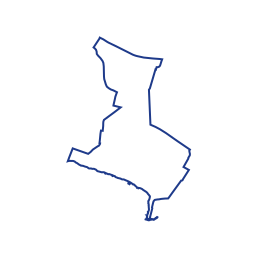 outline of Bab Sharqi, Al Iskandariyah, Egypt, rotated 234°
{"feature_id": "37247803B50327552497363", "entity_name": "Bab Sharqi", "entity_type": "district", "adm_level": 2, "iso_a3": "EGY", "parent_name": "Egypt", "parent_adm1": "Al Iskandariyah", "projection": "albers", "projection_center": [29.912, 31.205], "detail": "fine", "context": "isolated", "style": "outline", "palette": "blue", "viewbox_px": 256, "rotation_deg": 234, "n_neighbors": 0, "source": "geoboundaries", "source_scale": "gbopen_adm2", "svg_char_len": 4731}
<svg xmlns="http://www.w3.org/2000/svg" viewBox="0 0 256 256"><g transform="rotate(234 128 128)"><path d="M74.1,165.4L88.3,160.3L93.5,158.5L101.7,155.7L108.2,153.1L112.7,150.9L117.5,148.1L146.6,167.4L147.2,169.0L159.2,184.6L158.8,184.8L160.4,186.9L159.7,187.8L159.5,188.5L159.3,189.2L159.4,189.8L159.6,190.5L159.9,191.0L162.5,194.5L163.5,196.0L165.2,194.2L169.6,189.0L175.8,182.1L176.6,181.4L180.5,177.9L181.7,176.9L183.1,175.9L184.5,175.0L188.0,173.2L199.6,167.2L208.4,162.5L209.9,161.8L214.3,160.1L217.7,158.3L217.1,157.4L213.4,147.5L212.1,147.9L210.1,148.1L208.2,147.5L206.3,146.3L204.2,146.3L200.7,146.8L197.2,146.8L195.1,146.3L192.1,144.6L183.7,138.8L181.5,137.5L176.3,135.7L173.9,135.2L171.6,135.8L169.2,136.8L167.0,138.3L163.4,140.1L162.7,139.0L160.7,136.1L159.3,134.6L155.2,129.9L154.7,129.4L149.0,134.2L148.8,127.0L148.7,113.4L147.8,112.0L146.7,111.0L144.2,109.1L140.6,105.9L141.8,104.6L139.5,102.3L134.3,97.7L132.5,96.0L132.0,96.4L131.4,95.7L130.8,94.1L131.0,92.7L131.2,86.9L130.6,83.8L130.5,80.6L142.5,72.3L144.0,71.3L138.8,63.2L136.5,59.8L136.3,60.4L136.0,60.9L135.8,61.3L135.6,61.6L134.9,62.5L134.5,63.0L133.8,64.0L133.4,64.4L132.8,64.8L132.1,65.2L131.6,65.3L130.7,65.5L129.9,66.0L128.8,66.4L127.2,66.9L126.0,67.5L125.4,67.9L125.1,67.9L124.8,68.3L124.6,68.6L124.2,69.0L123.9,69.2L123.8,69.4L122.1,70.5L120.8,71.6L120.5,71.8L120.0,72.1L119.5,72.2L119.2,72.3L118.7,72.4L118.5,72.5L118.2,72.7L117.9,73.0L116.9,74.4L116.3,74.8L115.9,75.2L115.7,75.4L115.5,75.8L115.1,76.3L114.8,76.6L113.1,77.6L111.1,77.9L109.4,79.3L107.4,80.9L107.2,81.4L107.0,81.7L106.7,82.1L106.1,82.7L105.2,83.2L104.8,82.8L104.5,82.8L104.2,83.0L104.0,83.5L104.1,83.8L103.6,84.1L102.9,84.5L102.4,84.7L102.1,85.0L101.9,85.6L100.5,86.6L99.7,87.1L99.1,87.6L98.7,87.6L98.4,87.4L98.3,87.2L98.2,87.2L98.1,87.3L98.1,87.5L98.3,87.9L98.3,88.0L98.2,88.1L97.3,88.6L96.9,88.9L96.5,89.1L96.3,89.0L96.1,89.0L95.5,89.2L94.8,89.6L94.5,89.9L93.7,90.3L93.4,90.5L93.0,90.9L92.5,91.3L92.2,91.6L91.8,91.9L91.4,92.3L90.9,92.5L90.5,92.6L90.2,92.8L89.8,93.2L89.4,93.6L89.3,93.8L89.2,94.0L88.8,94.4L88.5,94.6L86.9,95.5L86.0,96.1L85.1,96.6L84.5,97.0L84.0,97.2L83.7,97.4L83.1,97.6L82.9,97.2L83.3,97.0L83.2,95.8L83.1,95.7L82.9,95.6L82.7,95.7L82.5,95.8L82.5,96.2L81.9,96.2L81.9,96.5L81.7,96.5L81.9,97.4L82.7,97.1L82.9,97.7L82.7,97.9L82.1,98.1L81.7,98.2L81.4,98.4L80.7,98.6L80.0,98.7L79.6,99.0L79.4,99.2L79.3,99.3L79.1,99.2L79.0,99.4L78.4,99.7L77.4,99.9L76.8,99.9L75.9,100.2L74.9,100.3L74.6,100.3L74.3,100.2L74.2,100.5L73.9,100.9L73.7,100.9L73.2,100.9L73.2,101.0L73.1,101.5L72.8,101.9L72.4,102.3L71.5,102.9L70.4,103.5L69.8,103.7L69.2,103.8L67.9,104.3L67.7,104.4L66.9,104.7L66.5,104.8L66.2,105.0L64.8,105.4L64.4,105.4L64.0,105.5L63.2,105.4L62.0,105.5L61.0,105.6L60.3,105.5L59.9,105.6L59.4,105.2L59.0,104.8L58.0,103.6L57.9,103.5L57.8,103.3L57.5,102.8L57.3,102.3L57.1,102.1L57.1,101.8L56.8,101.6L56.7,101.4L56.4,101.0L56.0,100.8L55.8,100.7L55.3,100.5L55.1,100.2L54.9,100.0L54.7,100.0L54.4,100.0L53.8,99.7L53.2,99.3L53.2,98.4L53.0,98.9L52.9,98.9L52.0,98.5L51.8,98.3L51.6,98.2L51.2,97.9L50.4,97.5L49.7,97.0L49.3,96.6L49.1,96.4L48.7,95.8L48.6,95.4L48.5,95.0L48.5,94.8L48.3,94.7L48.1,94.8L47.9,94.8L47.8,94.7L47.2,94.0L47.1,93.8L47.2,93.7L47.0,93.4L46.9,93.3L46.7,93.1L46.7,92.9L46.4,92.5L46.2,92.4L46.1,92.2L45.9,92.0L45.9,91.9L46.0,91.8L45.9,91.8L45.6,91.8L45.4,91.7L45.3,91.3L45.2,91.2L44.7,90.8L44.5,90.6L44.1,90.1L43.9,90.2L43.9,90.3L44.1,90.4L44.1,90.7L43.9,90.6L43.5,90.6L42.9,90.7L42.7,90.7L42.6,90.8L42.4,90.9L42.4,91.1L42.2,91.3L42.0,91.5L42.0,92.1L40.7,93.2L40.6,93.3L40.4,93.2L40.7,92.7L40.8,92.4L40.9,92.2L41.0,92.1L41.0,91.8L41.1,91.3L41.2,91.0L41.4,90.5L41.5,90.5L41.6,90.4L41.8,90.3L42.0,90.3L42.1,90.0L42.3,89.9L42.7,89.7L42.8,89.7L43.0,89.6L43.0,89.4L43.3,89.3L43.5,89.2L43.5,89.4L43.5,89.5L43.7,89.9L43.7,90.0L43.8,90.1L43.8,89.7L43.6,89.3L43.6,89.2L43.7,88.9L43.8,88.6L43.7,88.5L43.4,88.7L43.3,88.9L43.2,88.9L43.0,89.1L42.9,89.3L42.3,89.6L41.7,90.1L41.4,90.2L41.2,90.5L41.0,90.8L40.7,91.4L40.7,91.5L40.8,91.6L40.7,91.8L40.6,92.2L40.3,92.8L40.1,93.0L40.1,93.3L39.8,93.8L39.1,94.4L38.9,94.6L38.7,94.7L38.5,95.2L38.5,96.3L38.6,96.7L38.4,97.1L38.4,97.6L38.3,98.1L38.4,98.3L38.3,98.5L38.3,98.8L38.4,99.0L38.4,99.3L38.5,99.4L38.9,99.2L38.8,97.8L38.9,97.6L38.8,97.4L38.9,96.1L38.9,95.2L40.8,93.4L41.9,92.4L42.0,92.3L42.4,93.0L43.0,93.5L43.9,94.6L46.3,97.5L48.8,100.5L49.0,100.6L49.6,100.7L49.7,100.8L52.6,104.2L53.4,105.2L53.7,105.6L54.1,107.2L54.1,107.4L52.9,109.8L52.1,111.1L51.1,113.2L49.4,116.1L47.4,119.1L48.0,121.1L49.6,125.9L54.2,140.1L54.0,140.4L53.8,140.8L53.7,141.2L53.8,141.6L54.3,142.5L54.6,143.2L58.3,152.6L63.8,150.0L67.8,158.8L68.5,159.4L69.3,161.4L69.7,162.1L70.7,162.9L71.9,163.4L73.6,164.2L74.1,165.4Z" fill="none" stroke="#1e3a8a" stroke-width="2"/></g></svg>